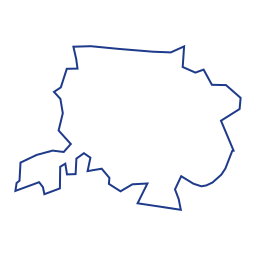 outline of Kuva, Ferghana, Uzbekistan
{"feature_id": "79887680B41793707673960", "entity_name": "Kuva", "entity_type": "district", "adm_level": 2, "iso_a3": "UZB", "parent_name": "Uzbekistan", "parent_adm1": "Ferghana", "projection": "robinson", "projection_center": [72.012, 40.528], "detail": "fine", "context": "isolated", "style": "outline", "palette": "blue", "viewbox_px": 256, "rotation_deg": 0, "n_neighbors": 0, "source": "geoboundaries", "source_scale": "gbopen_adm2", "svg_char_len": 835}
<svg xmlns="http://www.w3.org/2000/svg" viewBox="0 0 256 256"><path d="M180.8,209.8L178.7,199.1L175.0,189.4L181.2,176.2L193.4,183.7L201.4,186.3L206.4,185.4L212.7,182.4L213.3,181.8L221.3,174.7L225.4,168.5L232.2,151.0L233.6,150.7L221.0,120.7L239.6,109.0L240.6,97.9L226.0,85.1L211.9,84.8L203.6,69.6L195.4,72.6L182.7,67.0L184.1,46.4L170.8,52.4L152.8,51.7L118.7,48.9L90.8,46.2L73.4,46.7L76.2,59.0L77.5,68.6L66.8,68.8L60.8,87.4L54.0,91.9L60.4,98.9L62.8,113.2L58.6,130.5L70.8,144.0L63.7,152.0L52.6,150.6L36.7,154.9L20.5,162.6L19.5,180.7L16.6,183.0L15.4,190.9L39.1,182.2L42.9,187.1L44.4,194.2L59.9,188.4L60.2,166.8L65.3,163.7L67.0,174.4L75.6,174.1L76.4,158.6L83.9,153.2L90.4,157.7L87.6,171.1L101.7,168.7L109.4,177.9L108.9,183.9L120.5,191.3L132.4,184.3L147.4,183.5L137.6,203.3L180.8,209.8Z" fill="none" stroke="#1e3a8a" stroke-width="2"/></svg>